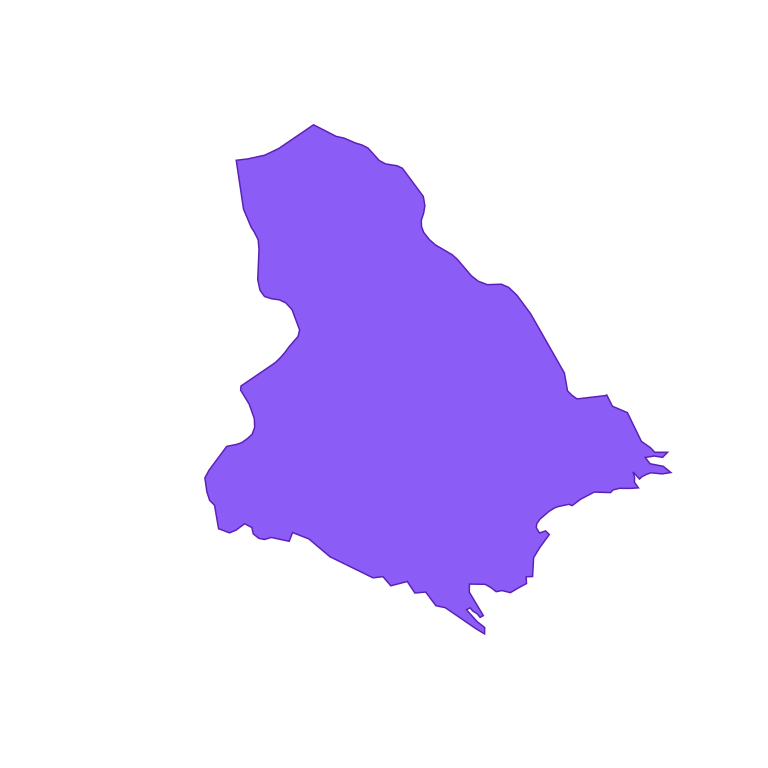 an SVG outline of Tokushima, rotated 61°
{"feature_id": "JPN-1836", "entity_name": "Tokushima", "entity_type": "Prefecture", "adm_level": 1, "iso_a3": "JPN", "parent_name": "Japan", "parent_adm1": "", "projection": "natural_earth1", "projection_center": [134.325, 33.891], "detail": "fine", "context": "isolated", "style": "filled", "palette": "violet", "viewbox_px": 768, "rotation_deg": 61, "n_neighbors": 0, "source": "natural_earth", "source_scale": "10m", "svg_char_len": 2030}
<svg xmlns="http://www.w3.org/2000/svg" viewBox="0 0 768 768"><g transform="rotate(61 384 384)"><path d="M501.6,194.5L514.2,195.0L527.1,185.0L558.9,186.7L569.0,181.8L575.0,180.3L581.2,169.1L583.2,175.9L578.0,182.6L574.9,191.2L582.8,189.9L591.3,179.7L600.5,176.0L597.5,184.3L591.0,193.7L590.3,198.8L590.1,203.3L591.0,206.6L581.6,208.8L587.1,210.1L591.5,212.6L598.2,211.8L594.4,219.8L589.3,228.8L587.7,235.1L588.8,238.5L580.4,252.6L580.1,268.1L581.6,278.4L578.8,280.7L575.6,291.3L575.1,295.0L575.3,301.0L577.8,313.1L580.3,318.1L583.5,320.5L589.7,320.2L590.8,313.9L595.8,312.4L602.6,327.1L608.4,337.3L624.4,347.4L621.6,353.1L627.6,356.1L627.5,365.9L627.8,374.6L621.9,380.9L620.0,386.6L613.6,389.3L608.2,392.7L600.4,406.3L607.4,410.3L634.7,409.4L634.7,413.1L630.4,413.8L625.6,416.4L621.5,417.2L621.5,421.3L637.1,417.7L645.8,414.0L651.3,417.2L642.1,422.5L627.4,429.8L609.3,438.9L603.1,446.1L586.2,448.4L581.8,458.3L568.0,459.4L563.8,475.9L552.0,478.3L548.2,487.6L508.9,515.0L483.1,524.8L469.6,536.0L475.6,543.2L463.6,556.9L462.0,564.0L458.3,568.3L451.8,571.0L445.4,569.2L438.6,573.7L440.1,584.1L439.3,591.3L431.0,598.3L430.5,598.9L407.9,591.0L401.2,592.9L392.5,591.2L379.3,586.2L374.6,578.9L362.3,551.8L365.3,542.5L366.3,536.9L365.6,530.5L364.1,523.8L359.3,518.2L351.4,514.2L336.3,511.7L319.9,512.4L316.4,510.0L312.6,468.8L310.7,461.8L308.3,455.3L305.2,448.5L300.7,436.1L295.8,431.6L274.4,428.4L265.3,430.6L259.6,434.8L255.1,440.8L249.5,446.1L241.9,447.0L231.6,443.9L205.9,428.2L196.8,424.1L188.0,423.8L182.7,424.2L163.0,422.1L116.7,404.8L121.0,394.2L126.0,377.6L127.0,361.8L123.1,320.0L144.1,305.9L149.7,299.6L159.1,292.4L164.1,287.5L169.9,283.6L186.3,279.8L192.4,275.8L199.5,266.7L204.3,263.3L239.0,258.7L247.9,261.8L253.8,266.5L259.0,272.1L264.3,274.8L270.7,275.8L279.7,274.3L287.3,271.6L304.0,261.7L310.6,259.4L331.6,255.2L339.7,251.8L347.2,245.5L353.6,233.0L359.8,228.2L370.8,224.7L393.8,221.7L461.8,220.9L479.0,226.8L485.0,225.1L490.6,222.4L501.4,196.2L501.6,194.5Z" fill="#8b5cf6" stroke="#5b21b6" stroke-width="1.5"/></g></svg>